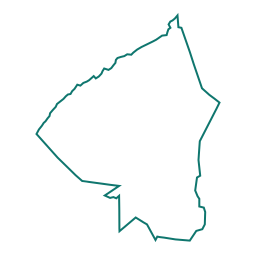 the district of Panelas, Pernambuco, Brazil
{"feature_id": "56859067B81090165312153", "entity_name": "Panelas", "entity_type": "district", "adm_level": 2, "iso_a3": "BRA", "parent_name": "Brazil", "parent_adm1": "Pernambuco", "projection": "natural_earth1", "projection_center": [-36.058, -8.657], "detail": "fine", "context": "isolated", "style": "outline", "palette": "teal", "viewbox_px": 256, "rotation_deg": 0, "n_neighbors": 0, "source": "geoboundaries", "source_scale": "gbopen_adm2", "svg_char_len": 1295}
<svg xmlns="http://www.w3.org/2000/svg" viewBox="0 0 256 256"><path d="M104.2,68.5L102.5,71.2L101.5,73.6L98.8,76.5L95.8,78.4L93.7,76.1L89.1,80.2L86.8,81.6L83.4,82.9L80.4,85.6L77.3,84.7L74.5,88.9L72.2,91.1L70.5,94.0L67.9,94.5L65.8,96.3L63.5,98.9L60.7,101.1L57.0,104.0L55.7,106.9L52.9,109.9L50.1,113.2L49.5,116.1L47.6,118.3L45.5,121.3L43.7,122.9L42.0,125.6L38.9,129.5L36.5,134.0L57.6,157.6L75.6,175.2L82.2,181.0L110.1,184.8L119.1,185.9L104.8,195.5L110.1,197.9L113.4,197.1L116.3,198.3L119.1,195.8L119.3,210.4L119.4,228.4L119.5,231.2L135.7,217.5L143.2,222.2L147.0,224.4L155.5,240.0L157.3,236.6L159.8,237.1L164.0,237.6L175.4,239.4L189.8,240.6L192.4,236.7L196.3,230.9L202.3,229.2L204.8,224.4L205.2,212.0L203.8,207.6L199.3,206.5L199.3,202.6L199.3,198.8L197.6,196.3L195.2,190.5L197.0,177.5L200.2,175.7L198.5,160.0L199.3,148.2L199.8,141.2L215.0,111.6L216.6,108.5L219.5,102.6L214.4,98.6L209.4,94.9L202.0,88.3L193.8,64.3L189.9,52.2L181.4,27.8L178.4,27.2L177.5,15.4L174.9,18.5L172.6,20.4L170.3,21.6L168.6,24.4L170.4,27.8L168.4,29.3L167.5,31.9L166.6,35.1L162.1,35.6L156.2,39.7L153.0,41.4L148.3,43.7L141.7,46.9L137.1,49.6L133.2,52.7L131.3,54.7L127.2,54.3L124.3,56.1L121.0,56.9L117.5,58.0L115.9,59.9L115.4,62.9L113.4,65.3L111.3,68.1L108.5,69.9L104.2,68.5Z" fill="none" stroke="#0f766e" stroke-width="2"/></svg>